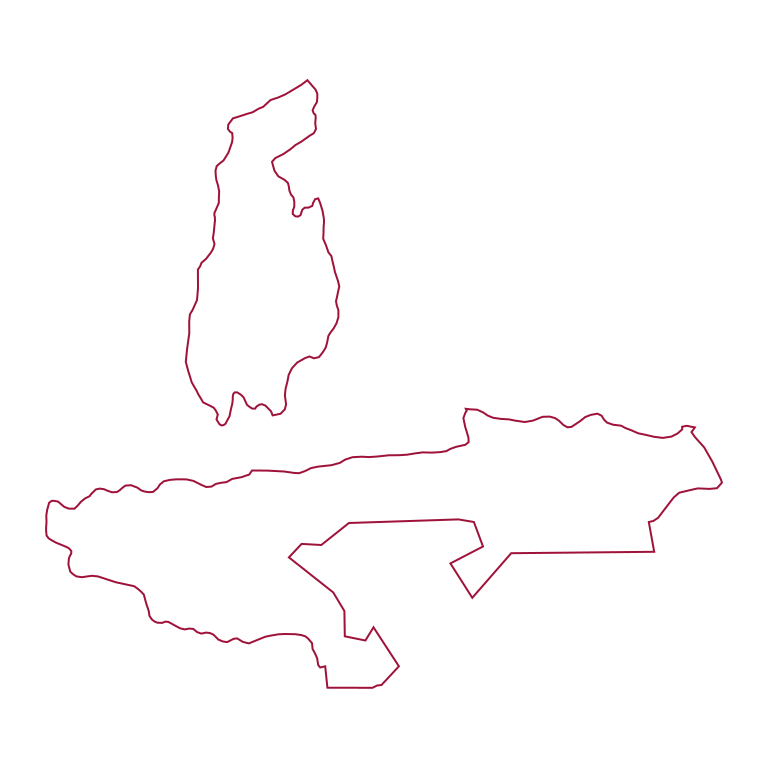 Panfilov, Chuy, Kyrgyzstan
{"feature_id": "92254566B35271705363117", "entity_name": "Panfilov", "entity_type": "district", "adm_level": 2, "iso_a3": "KGZ", "parent_name": "Kyrgyzstan", "parent_adm1": "Chuy", "projection": "mercator", "projection_center": [73.745, 42.502], "detail": "fine", "context": "isolated", "style": "outline", "palette": "rose", "viewbox_px": 768, "rotation_deg": 0, "n_neighbors": 0, "source": "geoboundaries", "source_scale": "gbopen_adm2", "svg_char_len": 5132}
<svg xmlns="http://www.w3.org/2000/svg" viewBox="0 0 768 768"><path d="M46.6,535.6L48.6,538.3L51.4,540.1L55.9,542.6L57.1,543.1L64.2,546.0L68.2,547.8L69.6,549.0L71.3,551.0L71.2,553.8L69.9,555.8L68.9,558.5L68.4,564.5L70.3,571.7L72.9,574.1L76.4,576.4L81.8,577.2L91.7,575.8L97.9,576.4L115.6,582.2L124.0,584.0L134.2,586.2L138.3,589.2L140.9,591.5L143.8,594.5L146.3,603.8L148.8,611.2L149.4,615.7L150.2,617.0L151.9,619.5L154.7,621.6L157.4,622.7L162.1,622.9L165.1,621.7L167.9,621.8L169.3,622.4L175.8,626.0L180.1,628.3L184.8,629.4L189.1,628.6L193.2,628.9L197.3,632.2L201.4,633.6L205.9,632.6L209.8,633.0L213.4,634.6L218.4,639.6L223.0,641.5L227.2,642.1L233.7,638.8L237.1,638.4L242.9,641.9L248.8,643.4L258.2,639.6L265.4,636.7L271.3,635.5L278.5,634.3L284.9,634.0L295.3,634.2L301.5,635.1L305.5,636.4L308.1,638.6L312.0,643.1L312.6,649.0L314.9,653.2L317.1,658.1L318.2,665.0L320.2,667.5L325.2,666.3L327.4,687.7L372.5,687.8L377.1,685.5L381.5,685.0L398.9,666.3L373.5,627.3L365.4,640.5L344.8,636.3L344.4,611.0L333.2,592.4L288.9,557.4L301.6,543.9L321.3,545.0L348.9,523.0L458.4,519.4L473.9,522.0L483.0,546.5L450.4,563.4L472.3,597.8L511.2,553.2L654.2,551.8L648.8,522.0L653.3,521.0L658.1,517.8L670.5,501.6L673.7,497.5L679.2,492.7L692.3,489.6L697.8,488.4L709.6,488.9L717.0,488.2L721.9,482.7L721.1,479.9L712.3,461.6L704.2,447.4L694.9,437.0L691.5,432.1L694.9,427.4L693.4,427.1L690.0,426.5L688.1,426.0L686.8,425.9L686.0,425.9L682.1,426.8L682.2,429.4L677.4,433.6L671.4,436.6L662.9,437.9L654.0,436.8L645.9,434.9L638.4,433.3L638.2,433.3L631.2,430.2L625.3,428.0L621.2,425.7L613.0,424.7L607.0,422.6L604.1,419.7L601.5,415.6L597.5,413.7L591.1,414.8L585.3,417.0L580.4,420.9L574.2,425.1L571.5,426.9L567.5,427.3L563.4,425.0L559.2,420.9L555.1,418.1L549.7,416.6L542.6,416.8L533.0,420.6L526.2,421.8L524.6,422.0L515.0,420.6L509.1,419.4L500.9,418.9L493.2,417.8L487.6,415.5L483.1,412.4L477.1,409.7L470.0,409.3L465.8,408.8L466.7,410.8L465.3,412.9L463.4,418.1L465.2,426.9L466.5,431.0L468.5,437.9L468.6,442.2L465.3,444.8L460.7,445.8L456.2,446.8L450.3,448.9L446.4,451.1L440.4,452.1L431.9,452.6L422.6,452.4L415.0,453.4L406.9,454.7L399.2,455.2L388.6,455.3L377.5,456.5L368.6,457.1L367.4,457.0L361.9,456.7L352.5,457.2L345.2,459.6L339.8,462.9L331.4,465.2L318.2,466.6L311.0,468.1L305.2,471.0L299.2,473.2L293.9,472.9L284.1,471.5L267.3,470.6L252.0,470.5L249.2,474.6L245.7,475.7L241.9,477.1L232.2,478.9L226.5,482.1L221.0,482.8L215.9,483.9L211.5,486.6L206.2,487.0L201.4,484.9L193.4,480.9L186.5,479.4L176.5,479.3L169.9,479.9L163.8,481.3L159.8,484.6L157.6,488.1L153.1,491.9L149.2,492.2L144.4,491.5L141.0,490.3L137.3,487.6L130.9,485.2L125.4,485.6L122.8,487.5L119.5,490.4L117.0,492.0L112.0,492.3L107.5,490.7L104.0,489.2L99.9,488.6L95.9,489.4L91.3,493.9L89.6,496.2L85.1,498.4L80.7,502.0L77.7,505.6L74.5,508.7L69.0,508.7L64.3,506.9L60.5,503.7L58.1,501.6L53.9,500.8L51.6,500.9L49.1,502.8L47.1,510.2L46.3,515.6L46.5,522.2L46.1,527.9L46.1,530.8L46.6,535.6ZM307.4,80.2L301.2,84.9L285.1,94.5L278.2,97.5L270.6,100.0L263.1,106.9L258.8,108.6L252.5,112.3L247.0,113.9L241.5,115.7L232.9,118.4L228.3,124.5L227.9,128.9L229.9,131.6L232.2,133.1L232.6,137.8L232.1,142.1L228.4,152.7L223.5,160.5L219.5,163.6L216.7,166.1L215.5,170.7L215.8,176.0L216.4,180.2L217.9,185.0L219.2,191.4L218.9,196.8L218.8,203.0L214.4,213.1L214.4,215.5L214.9,217.2L214.9,218.8L215.0,220.6L215.0,221.4L214.7,222.3L214.7,222.5L214.7,222.9L214.7,223.3L214.6,223.5L214.6,223.8L214.6,224.1L213.8,232.2L212.9,238.4L214.5,244.0L213.2,248.5L211.2,252.2L206.1,258.8L201.5,262.8L200.1,266.4L197.9,269.5L198.0,288.3L197.0,300.1L192.7,309.7L189.9,314.4L189.2,321.7L189.3,333.1L188.4,339.7L187.1,348.9L185.8,361.8L188.1,370.6L190.2,377.3L191.7,382.3L194.4,387.0L196.6,390.8L198.3,394.3L200.7,398.2L203.1,402.4L209.1,405.3L213.7,407.7L215.7,410.4L217.8,414.5L216.5,419.4L219.2,423.9L221.2,425.4L223.3,425.2L225.4,423.9L227.4,420.1L229.5,416.3L230.9,409.4L232.3,403.7L232.7,399.9L232.8,396.3L233.4,393.8L234.6,392.4L237.2,392.4L240.9,394.7L243.6,397.4L247.0,404.8L249.2,406.6L252.2,408.6L255.2,408.6L256.5,406.5L259.6,404.6L262.0,404.2L265.4,405.6L271.1,411.4L272.6,415.4L280.5,413.8L284.7,409.5L286.1,404.5L284.9,395.3L285.6,388.6L287.2,382.5L288.7,374.8L291.9,368.3L297.1,362.6L305.2,358.0L309.5,356.5L314.0,358.3L319.0,357.1L322.9,352.1L325.8,347.4L327.1,342.6L328.4,335.9L330.7,332.2L333.4,328.8L336.5,323.3L338.4,317.2L338.4,310.2L336.8,305.5L336.0,301.2L336.8,297.9L338.3,290.7L339.3,286.5L337.8,280.4L335.0,272.2L333.7,266.2L332.5,261.3L331.4,256.1L328.4,252.3L326.0,245.3L323.2,238.8L323.5,233.2L323.6,227.2L324.0,222.6L323.9,218.8L322.6,211.1L320.1,202.9L318.2,198.4L315.1,199.2L313.0,203.1L312.3,205.9L308.5,207.6L304.7,207.7L302.4,209.6L301.5,212.1L300.5,215.2L298.1,216.6L295.3,216.3L292.7,213.9L292.9,210.4L294.3,206.6L294.3,201.7L293.4,197.4L290.9,194.4L289.4,190.6L288.8,186.3L287.9,182.9L284.3,179.7L282.3,178.6L278.4,176.4L274.5,170.8L273.2,166.2L272.0,161.8L275.3,158.1L283.6,153.9L290.7,149.0L295.5,145.0L301.4,141.6L309.5,135.8L313.8,133.2L316.0,129.0L315.2,123.3L315.7,117.9L315.4,114.7L313.8,113.5L312.6,110.4L314.1,106.8L316.9,102.1L317.3,97.7L317.3,93.7L315.7,89.8L307.4,80.2Z" fill="none" stroke="#9f1239" stroke-width="2"/></svg>